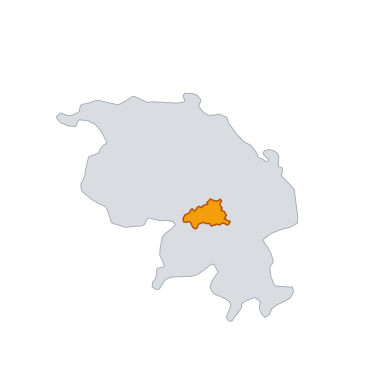 location of Uri within Switzerland, rotated 51°
{"feature_id": "CHE-175", "entity_name": "Uri", "entity_type": "Canton", "adm_level": 1, "iso_a3": "CHE", "parent_name": "Switzerland", "parent_adm1": "", "projection": "orthographic", "projection_center": [8.637, 46.761], "detail": "fine", "context": "in_parent", "style": "filled", "palette": "amber", "viewbox_px": 384, "rotation_deg": 51, "n_neighbors": 0, "source": "natural_earth", "source_scale": "10m", "svg_char_len": 4640}
<svg xmlns="http://www.w3.org/2000/svg" viewBox="0 0 384 384"><g transform="rotate(51 192 192)"><path d="M276.0,124.4L278.0,125.6L282.5,129.7L281.5,136.7L276.5,148.1L273.9,157.2L273.7,164.3L274.2,167.5L275.1,167.5L280.1,167.9L282.6,167.9L290.6,169.7L297.0,172.4L298.3,175.3L299.2,178.8L306.8,183.6L315.6,186.6L318.5,185.5L329.1,173.9L333.3,175.7L336.0,181.7L335.9,184.9L333.2,197.1L332.8,203.6L335.5,207.9L335.9,211.2L335.2,214.3L330.9,214.7L325.0,213.1L320.0,208.0L316.3,208.7L313.1,210.1L311.5,215.1L310.1,221.0L310.7,224.3L313.1,226.8L314.9,232.2L316.4,239.1L317.4,242.3L316.4,243.8L313.3,244.8L310.7,243.9L306.1,235.6L304.0,232.5L300.4,232.0L294.2,234.1L284.8,238.9L280.9,238.9L277.6,238.0L274.5,234.1L271.8,226.4L270.9,221.7L269.1,221.8L263.0,220.5L260.2,222.4L260.2,230.2L259.7,240.0L256.7,246.3L248.2,257.3L245.1,262.0L243.9,265.4L243.6,268.4L245.0,273.5L246.8,278.4L245.3,281.2L240.8,282.7L237.5,279.7L236.3,274.4L229.3,267.2L232.4,261.2L231.9,259.7L220.5,256.6L215.5,252.0L208.7,243.9L207.4,240.5L207.7,229.3L207.3,226.6L206.4,225.3L203.1,225.4L198.4,229.2L194.1,235.0L185.3,241.5L184.4,242.9L187.3,249.3L187.1,251.8L179.9,261.9L178.5,265.2L169.3,271.5L165.1,273.9L152.5,269.0L149.0,268.4L143.3,271.5L135.2,274.4L122.3,277.1L117.6,274.8L115.4,272.7L114.3,269.6L111.2,264.1L107.6,260.8L105.1,257.2L101.8,253.3L99.7,250.1L102.9,239.9L100.8,236.2L99.9,231.0L100.5,227.6L99.4,226.7L87.9,224.4L78.3,224.7L71.3,228.0L65.5,233.5L64.8,234.7L65.1,235.8L67.8,241.1L62.9,246.4L55.5,250.5L50.3,250.8L48.0,249.9L48.1,243.9L52.5,241.9L56.4,238.2L57.9,232.8L58.5,229.0L54.6,224.2L55.2,221.4L57.9,216.2L59.5,211.5L61.6,207.4L69.8,200.9L77.9,194.4L79.3,187.3L80.2,178.6L81.4,176.5L92.2,171.6L95.0,169.6L96.4,166.7L105.0,157.1L113.6,147.6L115.3,144.4L116.7,142.5L116.8,140.9L115.8,139.7L111.8,138.8L110.6,135.7L115.0,130.3L120.4,127.0L125.6,127.1L127.7,128.6L127.5,130.5L129.7,132.5L133.7,133.2L138.6,132.6L143.4,130.6L146.5,125.7L148.3,122.1L155.9,117.9L161.1,120.1L175.5,120.9L186.0,119.8L192.6,117.0L200.7,117.0L206.2,118.6L207.2,118.4L208.7,118.0L210.2,116.5L215.3,115.4L216.0,114.2L215.8,112.8L214.9,112.2L208.5,112.8L206.1,111.8L205.5,109.5L207.5,105.4L212.2,102.1L216.1,101.3L219.0,102.2L225.9,108.4L227.6,108.5L228.5,107.4L230.0,106.8L232.4,108.0L235.1,111.8L235.5,112.4L251.0,111.0L254.4,111.0L265.0,117.6L276.0,124.4Z" fill="#d9dde1" stroke="#a8b0b8" stroke-width="1"/><path d="M217.2,174.6L217.5,174.7L217.8,174.9L217.9,175.3L218.1,176.6L218.4,177.4L218.9,177.8L219.2,178.0L219.8,178.1L221.1,178.6L221.6,178.7L223.1,178.6L223.4,178.7L223.6,179.0L223.9,180.0L224.3,180.7L224.7,180.8L225.1,180.6L225.8,180.1L226.4,179.8L226.9,179.6L227.6,179.2L228.1,179.1L228.4,179.3L228.8,179.6L229.4,179.7L231.2,179.7L231.7,179.9L231.9,180.2L231.8,180.6L231.8,181.1L232.0,181.4L232.4,181.8L232.8,181.8L232.9,182.1L233.0,183.1L233.2,183.7L233.4,183.9L233.7,183.8L234.1,183.3L235.7,182.6L236.0,182.5L238.9,180.9L239.7,182.4L239.8,182.7L240.0,183.3L240.0,183.8L240.0,184.7L239.7,185.2L239.3,185.6L238.0,186.2L237.7,186.2L237.3,186.3L237.1,186.4L236.8,186.7L235.2,188.0L235.0,188.6L235.1,189.0L235.1,190.8L234.5,191.7L233.7,192.1L233.3,192.6L232.9,192.8L232.4,192.9L232.2,193.1L232.3,194.2L232.2,195.0L231.6,195.8L231.1,196.6L231.0,196.8L231.0,197.0L231.0,197.8L230.8,198.1L230.6,198.3L229.6,198.5L229.4,198.5L228.4,198.1L227.3,198.5L226.7,199.2L225.2,201.1L224.6,201.5L223.9,201.6L222.9,202.1L222.5,202.5L222.2,202.9L222.2,203.2L222.3,203.4L222.3,203.8L222.1,204.3L221.7,205.3L221.2,206.8L221.2,207.3L221.3,207.9L221.4,208.2L221.6,208.5L221.8,208.7L222.1,208.8L222.3,209.0L222.5,209.3L222.8,210.4L223.0,211.2L222.8,212.5L220.1,213.6L214.5,212.3L213.8,212.4L213.3,212.5L213.1,212.7L212.9,212.9L212.4,214.4L212.2,215.0L212.0,215.5L209.9,217.3L207.4,215.9L206.4,214.4L205.7,212.7L205.5,212.1L205.5,211.6L205.5,211.1L206.0,209.6L206.2,208.6L206.4,207.4L206.4,206.6L206.3,206.2L206.1,206.0L205.6,205.7L205.4,204.5L205.1,203.8L205.1,202.6L205.4,202.3L205.8,202.2L206.9,202.5L207.4,202.5L207.9,202.4L208.1,202.1L208.2,201.7L208.2,201.1L208.3,200.7L208.2,200.3L208.1,199.9L208.1,199.4L208.0,199.0L207.6,198.3L207.4,197.7L207.4,196.9L207.4,196.4L208.0,195.1L210.1,194.5L210.2,194.1L210.3,193.6L210.1,193.1L210.1,192.8L210.0,192.6L209.9,192.5L209.7,192.3L209.5,191.9L209.8,191.4L210.0,190.7L210.3,189.5L210.7,188.9L211.2,188.3L211.4,188.1L211.4,187.8L211.4,187.7L211.1,187.3L210.6,187.2L210.4,187.0L209.7,187.1L209.4,185.2L209.6,184.5L209.5,183.9L209.3,183.5L208.8,182.8L208.9,182.5L209.0,182.3L210.1,181.6L213.3,179.9L214.0,179.2L214.3,178.9L214.5,178.6L215.4,175.8L215.5,175.3L215.4,174.7L217.2,174.6Z" fill="#f59e0b" stroke="#b45309" stroke-width="1.5"/></g></svg>